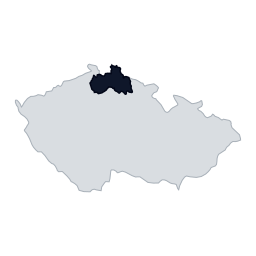 Liberecký on a map of Czechia (Albers equal-area conic projection)
{"feature_id": "CZE-1597", "entity_name": "Liberecký", "entity_type": "Region", "adm_level": 1, "iso_a3": "CZE", "parent_name": "Czechia", "parent_adm1": "", "projection": "albers", "projection_center": [15.007, 50.741], "detail": "fine", "context": "in_parent", "style": "filled", "palette": "ink", "viewbox_px": 256, "rotation_deg": 0, "n_neighbors": 0, "source": "natural_earth", "source_scale": "10m", "svg_char_len": 5099}
<svg xmlns="http://www.w3.org/2000/svg" viewBox="0 0 256 256"><path d="M240.6,140.1L239.8,140.3L237.9,141.1L235.5,141.6L232.8,141.5L230.7,143.0L228.9,145.4L226.9,147.0L225.9,148.5L225.3,149.9L218.6,154.3L217.7,156.1L217.1,158.4L216.9,161.5L216.5,164.4L215.4,165.9L211.7,167.3L210.8,168.0L210.1,169.5L208.1,171.8L205.7,174.0L201.3,176.5L196.4,177.4L190.1,176.8L186.4,176.0L184.6,177.1L182.2,180.3L179.7,185.7L178.7,189.8L177.8,188.7L176.2,184.4L174.4,183.9L172.1,183.6L170.3,183.0L166.4,180.6L164.4,179.9L162.2,179.8L160.1,181.3L158.5,183.0L153.4,183.1L147.9,182.4L139.9,176.8L137.8,176.8L135.6,177.0L132.2,175.7L125.4,172.1L122.3,171.2L120.3,171.8L118.5,172.6L117.2,172.7L116.5,171.5L114.0,170.0L111.5,169.9L110.8,170.7L109.9,178.8L109.1,181.8L105.6,181.6L104.4,183.0L101.7,186.9L101.1,190.7L96.4,189.9L94.2,189.2L92.2,189.7L90.0,191.8L83.9,191.6L79.1,190.3L77.1,185.6L74.9,183.7L72.2,182.0L71.2,181.7L69.7,179.1L66.9,175.9L62.3,171.5L58.6,171.7L57.3,170.5L56.8,168.9L55.3,166.1L53.6,164.2L51.6,163.4L48.7,160.9L44.9,155.5L41.4,151.8L37.9,151.8L35.7,149.8L33.5,147.2L32.0,144.7L29.6,138.8L27.8,135.4L26.5,133.2L24.9,131.4L24.3,130.1L26.5,127.0L27.2,125.5L28.1,124.3L28.7,123.1L28.7,122.1L27.0,119.0L24.6,116.6L21.1,114.2L18.9,111.3L18.2,108.6L18.0,107.2L16.5,105.2L15.4,102.3L15.4,100.6L15.8,100.1L16.9,100.2L18.2,101.4L20.0,103.7L21.4,107.0L22.4,105.8L24.3,102.4L27.5,98.5L30.8,96.4L33.6,96.3L36.0,95.7L38.0,94.7L41.4,95.2L43.8,96.1L44.6,95.6L45.7,93.6L46.3,91.8L51.8,90.9L53.7,87.5L54.8,87.6L56.0,87.1L57.2,85.8L58.3,85.3L59.2,86.0L60.3,86.4L61.5,85.6L63.4,81.7L64.4,81.1L69.1,80.6L75.6,78.4L78.9,76.4L82.2,75.3L85.6,73.3L91.1,71.4L91.4,70.7L88.9,68.6L88.0,67.4L87.5,66.1L88.4,64.6L89.6,64.2L91.1,64.8L95.7,65.7L96.9,66.6L97.4,68.6L98.5,70.5L99.4,70.7L99.1,73.7L100.5,74.9L102.7,75.9L104.1,75.7L105.1,74.5L105.5,73.6L108.3,73.5L111.2,72.2L111.4,70.1L111.2,66.1L111.5,65.5L115.8,66.7L120.2,68.4L120.8,72.3L122.0,74.3L123.3,76.0L124.7,76.8L126.9,76.9L132.8,79.2L135.7,79.7L138.6,81.2L141.1,82.9L142.9,83.2L143.7,85.0L144.9,86.2L146.8,85.2L153.9,83.8L156.4,85.5L158.2,87.3L158.5,87.9L157.6,89.6L157.2,90.9L156.4,91.8L154.0,92.7L152.7,94.2L151.7,95.8L152.4,97.4L154.4,98.5L155.8,98.7L156.4,99.8L161.0,104.7L164.8,111.2L166.2,112.2L167.5,112.4L169.1,111.4L170.8,109.3L172.8,107.7L174.6,106.8L177.7,105.0L177.8,103.8L175.0,99.4L173.4,95.9L173.8,95.2L177.1,95.7L182.8,97.5L191.7,103.6L193.3,103.6L196.3,103.0L199.6,101.8L201.1,100.6L201.8,101.0L202.4,104.5L201.6,106.4L197.7,108.5L197.9,109.4L199.0,110.5L200.8,111.3L203.1,113.5L204.7,116.0L206.1,117.2L207.5,117.7L211.1,116.2L212.1,115.0L212.5,114.2L213.2,114.4L214.5,115.6L215.0,116.3L218.5,117.6L220.7,119.3L222.0,120.1L223.4,119.2L229.1,120.4L230.7,121.5L231.2,123.5L231.0,124.7L232.0,127.7L239.5,134.8L240.5,138.6L240.6,140.1Z" fill="#d9dde1" stroke="#a8b0b8" stroke-width="1"/><path d="M98.9,73.9L99.1,74.3L100.2,74.6L100.7,74.8L101.9,75.8L103.1,76.1L103.9,76.1L104.4,76.0L104.7,75.6L105.0,75.0L105.5,73.6L106.2,73.6L107.4,73.3L111.1,73.6L111.2,73.1L111.2,71.3L111.1,71.2L111.1,70.7L111.6,70.2L111.7,69.9L111.6,68.4L111.1,67.7L110.6,67.3L110.5,66.7L110.8,66.4L111.0,66.3L111.2,66.2L111.6,65.9L111.8,65.6L111.9,65.2L112.5,65.8L114.1,66.2L114.4,66.7L114.8,67.0L115.3,67.3L115.6,67.2L115.7,66.7L116.0,66.0L116.4,65.7L116.8,65.9L117.0,66.7L117.3,67.4L119.1,67.5L120.0,67.9L120.5,68.7L120.5,69.2L120.2,69.8L120.0,70.7L120.1,71.5L120.4,72.4L120.8,73.2L121.1,73.8L121.8,74.3L122.4,74.6L122.9,75.0L123.3,76.0L123.3,76.5L123.2,77.0L123.2,77.5L123.4,77.9L123.8,78.0L124.2,77.7L124.5,77.1L124.8,76.7L126.2,76.6L128.8,77.5L129.3,79.0L130.4,81.2L130.5,81.6L130.4,81.9L130.3,82.2L130.2,82.6L130.2,83.1L130.3,84.1L130.4,84.5L130.5,84.9L130.9,85.4L131.1,85.7L131.2,86.0L131.2,86.3L131.2,86.6L131.2,86.9L131.0,88.0L131.1,88.4L132.2,91.0L132.3,91.3L132.3,91.6L132.3,92.0L132.1,92.3L131.9,92.4L131.7,92.5L129.2,92.1L128.8,91.8L128.1,91.1L127.9,91.0L127.7,90.9L127.5,91.0L126.7,91.3L126.4,91.7L126.3,93.3L126.2,93.7L126.1,94.0L125.9,94.1L125.7,94.2L125.4,94.2L125.2,94.1L124.7,93.7L123.7,92.4L123.1,91.9L121.6,91.3L121.3,91.3L120.9,91.4L119.5,93.0L119.3,93.1L119.1,93.1L118.9,93.0L117.1,91.5L116.5,91.3L116.4,91.3L116.2,91.3L114.9,90.4L114.5,89.7L114.2,88.2L113.4,88.5L113.2,88.4L112.9,88.3L112.7,88.1L112.1,87.4L111.9,87.3L111.7,87.2L111.0,87.3L110.7,87.1L110.4,86.9L110.1,86.8L109.9,86.9L109.5,87.1L109.3,87.1L108.9,86.9L108.6,87.0L108.1,87.8L107.9,88.0L107.2,88.6L107.0,88.8L106.9,89.0L106.5,89.7L106.3,90.0L106.0,90.2L105.5,90.5L105.2,90.7L104.8,91.1L104.5,91.3L103.3,91.9L102.0,92.8L99.0,93.5L98.4,93.6L98.2,93.5L98.0,93.4L98.0,93.2L97.9,93.0L97.9,92.9L97.8,92.6L97.6,92.4L97.4,92.4L96.9,92.4L96.3,92.3L94.8,92.3L94.4,92.4L94.2,91.2L91.9,89.3L90.1,83.4L90.0,83.2L90.1,82.9L90.2,82.7L90.3,82.6L90.8,82.3L91.4,80.7L91.6,80.5L92.3,79.8L92.4,79.7L92.4,79.4L92.4,78.9L92.5,78.6L92.6,78.4L92.8,78.2L93.2,77.8L93.6,75.7L93.7,75.4L93.9,75.4L94.1,75.5L95.8,77.3L96.1,77.3L96.3,77.3L96.6,77.1L96.8,76.9L97.0,76.5L97.1,76.1L97.2,75.3L97.2,75.1L97.3,74.9L97.5,74.8L98.4,74.7L98.6,74.6L98.8,74.3L98.9,74.0L98.9,73.9Z" fill="#0f172a" stroke="#020617" stroke-width="1.5"/></svg>